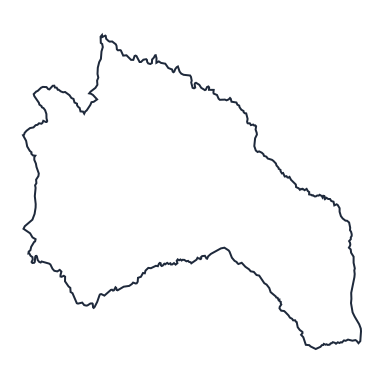 Rosas, Cauca, Colombia (Equal Earth projection)
{"feature_id": "7082276B70920947673933", "entity_name": "Rosas", "entity_type": "district", "adm_level": 2, "iso_a3": "COL", "parent_name": "Colombia", "parent_adm1": "Cauca", "projection": "equal_earth", "projection_center": [-76.744, 2.253], "detail": "fine", "context": "isolated", "style": "outline", "palette": "slate", "viewbox_px": 384, "rotation_deg": 0, "n_neighbors": 0, "source": "geoboundaries", "source_scale": "gbopen_adm2", "svg_char_len": 5860}
<svg xmlns="http://www.w3.org/2000/svg" viewBox="0 0 384 384"><path d="M28.4,253.5L29.3,253.4L30.5,255.7L32.5,257.2L32.7,259.6L31.6,262.0L32.4,263.0L34.1,262.8L34.8,261.9L35.2,256.9L35.7,256.0L36.5,255.9L36.9,256.5L37.7,260.0L39.2,261.9L40.7,262.5L41.6,261.5L49.1,263.6L50.4,264.5L52.5,268.8L54.3,270.8L57.3,271.4L59.7,269.9L61.4,271.6L60.5,275.0L60.5,276.5L61.6,276.8L63.8,275.8L65.1,276.7L65.0,281.3L68.5,286.4L70.3,287.9L70.6,292.0L72.5,293.2L76.8,303.2L78.0,303.6L82.2,302.6L84.2,305.1L86.3,305.6L87.5,305.4L90.4,303.5L92.3,303.4L92.7,303.8L93.1,307.4L93.7,307.9L94.6,307.0L97.2,301.9L99.6,295.0L100.2,294.3L101.3,294.1L104.4,295.6L110.9,289.9L112.0,289.7L113.0,290.6L113.9,290.3L115.5,287.3L116.2,287.9L116.7,290.0L117.6,290.3L123.7,286.7L129.2,285.9L131.8,284.1L133.1,282.6L135.7,283.5L136.7,283.3L137.7,281.7L138.0,277.8L140.9,276.8L143.0,273.0L144.8,273.3L145.5,270.6L148.3,267.9L150.9,268.2L155.9,265.8L157.9,266.2L158.9,263.8L159.8,262.9L160.6,263.2L161.0,265.4L161.7,266.0L162.7,265.6L164.2,263.8L164.6,263.7L165.2,264.3L167.2,262.9L168.6,264.0L170.4,263.3L171.0,264.5L172.3,264.4L174.0,263.1L175.6,264.6L177.4,263.2L176.7,260.8L177.7,259.4L179.0,260.3L180.5,259.5L181.6,260.5L182.6,259.8L184.3,259.9L186.4,261.3L188.1,260.9L189.2,262.0L190.6,262.2L191.3,263.3L196.5,259.7L197.5,257.8L198.4,258.4L200.2,258.4L200.3,259.1L200.7,259.1L201.2,258.4L201.2,256.9L202.2,256.1L204.9,255.8L206.5,258.5L207.1,258.7L208.2,256.3L210.9,253.9L220.9,248.4L224.4,247.7L228.6,250.4L229.5,251.6L231.9,257.7L234.5,260.8L236.6,262.0L237.5,263.3L238.4,264.0L241.7,262.8L245.4,266.8L249.0,269.3L250.7,271.3L253.8,271.9L256.5,275.0L259.2,275.6L264.3,283.2L266.6,284.6L269.3,288.1L270.6,292.1L275.7,296.4L276.3,297.5L277.6,297.8L278.5,299.9L279.4,299.6L279.5,301.2L280.8,301.9L280.8,303.6L281.3,304.5L279.7,306.9L279.5,308.4L281.2,310.7L284.0,311.0L284.8,311.6L288.5,315.4L289.9,317.6L292.1,318.8L293.1,320.3L295.2,320.3L295.8,321.6L296.7,322.1L297.7,327.2L299.8,330.0L302.4,331.9L302.5,333.1L301.1,334.8L303.3,337.2L305.8,344.8L309.3,345.2L310.5,346.4L315.7,349.0L320.5,346.8L321.8,345.2L323.2,345.0L323.8,343.9L325.6,344.7L326.6,344.3L327.7,344.9L329.6,344.7L330.6,343.4L331.6,343.3L332.8,342.2L334.9,342.8L336.0,343.7L337.8,342.3L339.5,343.0L340.9,342.2L341.9,342.5L344.0,340.4L345.7,340.8L348.0,339.6L352.4,340.7L355.4,340.1L356.5,340.7L358.5,343.2L360.3,341.1L361.0,331.3L360.8,328.6L359.2,324.3L354.6,316.5L352.6,312.4L351.0,303.1L351.4,298.9L351.2,292.9L354.4,277.2L354.7,274.0L354.3,270.5L354.8,268.4L353.6,262.8L353.6,256.7L351.1,252.7L350.7,249.4L348.9,247.7L350.1,245.6L350.3,244.3L350.0,242.7L349.1,241.1L350.8,239.2L350.8,237.4L351.7,235.9L351.7,234.2L351.1,231.9L350.0,230.1L350.2,227.8L349.1,222.5L347.1,220.8L345.4,220.6L342.7,218.5L340.9,216.1L339.6,211.8L339.6,208.2L337.7,205.0L336.6,204.3L334.3,205.4L333.5,201.7L331.3,201.0L330.0,199.0L328.2,199.0L326.5,197.8L324.9,199.2L324.5,198.6L324.7,196.6L324.3,196.0L323.3,195.8L322.5,197.4L321.9,196.1L319.6,194.8L318.7,195.6L317.2,195.5L315.8,196.4L314.6,196.4L312.9,195.2L312.2,195.5L311.2,194.8L309.1,194.4L309.2,192.1L307.8,191.0L306.6,188.9L304.6,190.2L302.7,188.8L302.0,189.3L301.1,188.9L299.9,189.8L298.7,188.3L296.1,187.1L295.8,184.5L291.0,179.8L289.5,176.9L288.2,177.7L287.4,177.4L286.5,176.2L284.7,176.5L283.1,173.0L281.9,173.4L280.6,171.3L280.5,169.9L278.7,168.8L278.5,167.7L276.5,165.5L275.9,163.5L273.3,160.8L271.9,159.8L267.7,158.5L266.4,156.7L263.9,155.8L263.5,154.3L261.8,152.7L259.1,151.4L257.6,152.0L255.8,150.5L254.3,146.1L255.1,138.3L256.9,134.6L256.7,132.8L255.6,129.6L256.1,126.3L255.3,125.4L254.3,125.6L253.3,124.6L250.9,125.1L249.8,123.3L248.0,123.4L247.4,122.9L247.1,121.7L247.6,118.9L246.2,113.4L244.7,113.2L243.7,112.2L243.5,111.0L241.3,109.7L239.6,107.3L239.2,105.6L237.4,104.7L236.4,102.5L231.5,101.7L230.7,98.7L230.0,98.0L228.7,99.4L226.6,100.3L224.9,99.6L219.8,99.8L218.6,98.7L217.0,95.0L213.7,93.6L213.4,92.5L213.7,89.9L209.0,89.8L209.1,87.4L208.4,86.5L207.1,87.0L205.8,89.7L204.9,90.1L201.2,87.8L199.3,84.8L196.0,82.8L195.1,83.2L194.6,84.3L195.2,87.6L194.0,88.3L192.6,87.8L191.2,82.5L191.7,80.7L191.0,77.0L190.1,75.5L183.6,74.8L181.2,73.6L179.6,71.6L177.9,66.5L176.7,67.2L175.3,69.0L174.2,71.7L173.4,72.2L172.7,71.6L172.1,69.5L168.3,68.0L165.3,63.7L161.0,62.9L158.8,61.4L156.4,62.8L156.5,58.2L155.7,55.2L155.0,55.4L153.9,57.6L152.1,59.5L151.9,63.1L150.3,64.0L148.2,63.4L147.2,61.9L146.9,59.9L146.2,59.2L143.4,59.7L141.0,62.0L139.6,62.0L136.5,56.1L135.6,55.6L134.6,56.0L133.3,59.9L131.1,59.9L126.5,55.3L123.2,55.6L120.9,50.5L120.1,50.1L118.0,50.3L116.9,49.4L116.5,45.8L115.8,44.3L112.2,41.5L109.5,41.6L108.3,40.8L106.2,38.8L105.7,35.9L105.3,35.6L102.4,37.0L102.0,35.0L100.6,36.7L100.8,42.9L102.2,44.0L102.8,47.1L101.5,51.4L100.9,58.9L99.2,62.1L97.8,67.7L97.5,74.0L98.3,77.6L97.1,80.6L97.4,84.8L95.4,87.9L90.5,91.7L89.2,93.4L91.1,93.8L93.0,95.0L97.1,99.4L93.7,101.8L91.5,102.2L90.3,105.0L86.7,110.4L85.2,111.6L84.2,113.7L83.0,111.6L80.5,111.4L79.6,107.9L78.3,107.0L77.1,105.4L77.0,103.7L74.5,102.5L73.5,98.9L71.4,98.0L69.5,95.2L65.1,92.0L63.1,92.3L60.8,91.4L58.5,89.6L57.7,89.7L56.7,87.7L54.9,87.5L54.3,85.7L52.7,85.8L49.4,89.4L48.2,89.1L46.5,87.1L42.9,86.9L41.1,87.7L37.6,91.0L36.3,91.5L33.7,94.1L34.3,96.1L38.9,102.8L39.4,104.6L41.5,106.1L41.9,107.3L43.5,108.1L45.1,110.2L46.4,114.0L46.5,118.3L47.2,121.0L46.6,122.0L45.9,122.0L43.3,120.8L42.5,122.8L41.5,123.7L39.0,123.3L37.5,124.8L35.6,125.2L33.5,127.4L30.0,128.1L26.6,130.7L24.7,132.8L24.0,134.8L23.0,135.2L26.1,140.8L27.2,146.5L29.8,150.9L31.5,152.3L31.3,153.7L32.9,155.4L35.3,155.7L34.3,157.3L34.3,159.9L35.9,163.6L36.5,167.0L38.8,173.5L38.4,176.1L36.1,179.7L36.4,183.2L35.1,185.3L35.6,187.9L34.8,196.1L35.7,204.1L35.6,207.6L34.6,213.9L32.4,219.7L24.8,226.2L23.5,228.8L30.1,233.3L32.5,237.4L35.6,239.2L35.1,241.4L34.1,242.0L31.2,246.8L30.4,250.2L28.7,251.6L28.4,253.5Z" fill="none" stroke="#1e293b" stroke-width="2"/></svg>